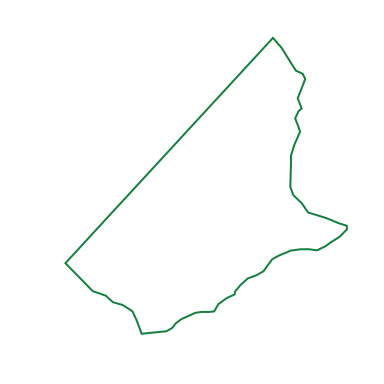 the district of Dédé-Mokouba, Mambéré-Kadéï, Central African Republic, rotated 75°
{"feature_id": "33826404B19731387545693", "entity_name": "Dédé-Mokouba", "entity_type": "district", "adm_level": 2, "iso_a3": "CAF", "parent_name": "Central African Republic", "parent_adm1": "Mambéré-Kadéï", "projection": "equal_earth", "projection_center": [15.345, 3.879], "detail": "fine", "context": "isolated", "style": "outline", "palette": "green", "viewbox_px": 384, "rotation_deg": 75, "n_neighbors": 0, "source": "geoboundaries", "source_scale": "gbopen_adm2", "svg_char_len": 909}
<svg xmlns="http://www.w3.org/2000/svg" viewBox="0 0 384 384"><g transform="rotate(75 192 192)"><path d="M315.9,277.3L319.9,252.6L318.1,246.2L314.6,241.5L312.1,235.4L309.6,220.2L310.3,213.7L312.1,207.3L313.1,201.5L307.1,195.5L303.5,186.0L302.0,177.5L299.0,175.8L294.5,169.4L290.0,160.6L289.0,151.1L287.0,143.4L282.5,137.9L277.7,131.9L275.9,124.8L274.2,111.6L275.4,102.1L277.4,94.3L280.7,86.2L278.9,77.1L276.4,70.6L273.4,60.8L268.1,52.0L264.6,51.3L260.1,58.4L251.8,69.3L241.8,85.2L231.2,88.9L221.2,95.0L212.4,95.7L201.1,92.3L189.5,88.9L182.3,86.9L172.7,80.8L167.7,76.7L161.7,72.0L156.4,72.3L147.6,73.3L141.6,68.3L139.6,64.5L128.8,65.6L112.1,53.3L106.4,54.6L101.7,60.2L93.4,62.8L75.8,68.2L71.0,70.6L64.1,73.9L94.2,121.4L109.7,145.9L109.9,146.2L205.3,296.9L228.0,332.7L262.1,313.5L269.9,302.0L277.9,297.0L283.2,288.2L291.8,280.4L301.5,278.7L315.9,277.3Z" fill="none" stroke="#15803d" stroke-width="2"/></g></svg>